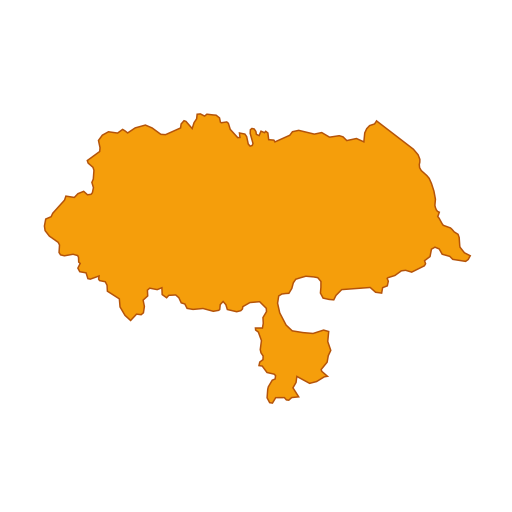 an SVG outline of North Yorkshire, rotated 5°
{"feature_id": "GBR-2140", "entity_name": "North Yorkshire", "entity_type": "Administrative County", "adm_level": 1, "iso_a3": "GBR", "parent_name": "United Kingdom", "parent_adm1": "", "projection": "mercator", "projection_center": [-1.361, 54.089], "detail": "fine", "context": "isolated", "style": "filled", "palette": "amber", "viewbox_px": 512, "rotation_deg": 5, "n_neighbors": 0, "source": "natural_earth", "source_scale": "10m", "svg_char_len": 3536}
<svg xmlns="http://www.w3.org/2000/svg" viewBox="0 0 512 512"><g transform="rotate(5 256 256)"><path d="M364.3,110.9L403.5,135.9L408.7,141.1L410.8,145.4L411.0,148.2L410.7,150.7L411.3,153.8L413.2,156.5L419.2,161.0L421.7,163.5L424.5,168.5L427.6,175.9L429.8,183.8L429.8,190.0L430.5,192.1L431.5,194.1L432.9,195.7L434.8,196.4L434.0,199.6L433.6,200.8L435.1,202.4L438.5,207.5L439.9,209.1L447.3,211.1L449.1,212.5L451.3,214.7L455.4,216.8L456.8,219.9L458.1,228.2L458.5,229.5L463.3,234.6L469.4,237.1L469.3,237.3L467.7,241.0L465.3,243.1L452.3,242.2L449.1,239.5L441.3,238.0L437.9,233.0L433.5,231.6L430.2,233.9L429.4,241.4L424.3,246.0L425.6,248.9L424.6,251.1L412.5,258.5L406.3,257.2L402.1,258.1L396.1,263.3L389.3,266.1L388.6,266.9L390.0,269.6L389.4,274.3L384.9,276.5L384.4,282.0L378.3,281.7L372.5,277.4L344.3,282.0L339.1,288.3L337.3,292.9L332.6,292.9L326.5,292.1L323.4,287.3L323.4,281.7L322.9,275.7L319.4,272.2L315.3,271.8L307.4,271.8L301.9,273.9L297.6,275.7L295.5,279.5L294.5,285.2L292.0,290.3L288.7,290.8L285.1,291.6L282.1,293.8L281.6,301.1L284.6,310.6L292.0,322.2L298.6,327.4L309.5,328.2L319.6,328.2L329.8,323.9L335.0,324.9L334.9,334.9L338.7,343.5L336.7,349.0L336.1,355.6L330.8,363.4L331.6,365.2L337.7,369.6L334.6,370.4L327.3,375.8L320.5,378.2L307.2,372.4L306.9,378.5L304.3,384.1L310.8,392.6L303.9,393.9L301.2,396.8L298.8,396.7L296.6,394.6L288.0,395.4L285.2,401.1L282.4,400.9L279.4,396.3L279.3,387.8L279.7,385.2L283.0,378.3L285.8,376.8L285.9,373.4L284.3,372.1L277.1,371.1L271.8,365.1L268.5,364.9L269.0,361.3L272.0,358.6L271.8,355.0L269.4,352.0L268.4,348.9L268.8,339.8L265.0,331.6L262.1,329.8L261.7,327.8L268.7,327.2L269.1,322.4L268.3,316.7L271.3,310.5L270.8,307.2L263.6,301.2L254.0,302.9L247.3,307.6L247.1,310.0L245.6,311.8L241.6,313.2L232.1,311.8L230.2,307.1L227.2,304.2L224.6,307.5L224.5,312.5L223.5,313.4L218.3,314.8L207.8,312.9L197.9,314.7L191.9,314.2L189.3,310.0L185.6,309.2L182.8,304.3L179.4,301.8L172.5,302.8L170.6,305.4L165.9,302.6L165.0,295.8L160.5,298.1L152.9,297.3L150.8,299.5L151.6,305.2L147.4,309.8L149.2,316.0L148.8,322.4L146.7,324.5L142.1,324.3L136.7,331.2L130.7,326.6L125.0,318.6L123.6,310.6L111.0,304.0L110.2,298.2L108.1,294.8L102.3,294.1L101.2,292.7L101.4,289.6L92.9,293.5L90.5,293.2L88.2,287.6L81.8,287.0L79.6,283.6L81.5,278.7L79.9,277.5L79.3,272.8L78.3,271.1L73.6,270.2L65.1,272.5L61.2,271.9L59.5,269.7L59.3,262.1L57.7,259.6L48.4,254.2L43.7,249.1L42.6,244.6L43.3,237.5L48.5,234.7L49.8,231.1L60.4,217.0L61.4,212.9L69.9,213.5L73.2,209.4L78.7,206.6L82.8,209.7L86.4,208.9L87.5,207.2L88.1,202.1L86.1,197.0L87.2,193.6L87.1,184.9L85.9,181.9L80.7,178.1L79.6,175.6L91.2,165.5L91.2,161.8L89.0,154.6L92.4,149.0L98.2,145.1L107.4,145.6L112.1,141.5L114.5,142.7L117.4,144.6L124.5,138.9L134.4,135.2L141.4,137.5L150.6,143.1L155.3,143.0L169.7,135.0L169.9,131.0L172.5,127.5L174.5,128.0L181.3,134.6L182.7,128.5L184.9,124.5L185.0,119.9L188.2,119.3L192.6,121.1L194.7,119.0L200.4,119.2L204.0,119.2L207.6,121.6L208.9,125.8L209.8,126.3L215.2,125.0L216.9,126.2L219.3,132.1L227.5,139.7L229.7,139.3L228.8,134.9L234.3,135.5L236.3,137.9L238.5,145.1L240.6,147.1L242.6,146.2L243.2,144.2L239.5,134.3L239.4,130.7L240.8,129.3L243.1,129.6L245.0,131.9L245.8,134.8L248.6,135.8L250.1,131.2L253.7,132.4L254.8,130.9L257.1,132.4L258.5,139.0L263.7,139.0L264.9,140.7L278.7,133.0L279.1,132.8L281.5,129.0L287.6,127.1L291.6,127.7L303.5,129.5L310.7,127.3L318.9,131.2L328.5,128.9L332.3,129.7L336.4,133.1L345.8,130.2L353.5,132.9L353.6,123.9L355.2,119.5L357.8,116.2L362.6,114.1L364.2,111.2L364.3,110.9L364.3,110.9Z" fill="#f59e0b" stroke="#b45309" stroke-width="1.5"/></g></svg>